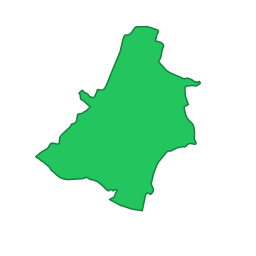 outline of Mambéré-Kadéï, rotated 318°
{"feature_id": "CAF-801", "entity_name": "Mambéré-Kadéï", "entity_type": "Prefecture", "adm_level": 1, "iso_a3": "CAF", "parent_name": "Central African Republic", "parent_adm1": "", "projection": "natural_earth1", "projection_center": [15.964, 4.523], "detail": "fine", "context": "isolated", "style": "filled", "palette": "green", "viewbox_px": 256, "rotation_deg": 318, "n_neighbors": 0, "source": "natural_earth", "source_scale": "10m", "svg_char_len": 3337}
<svg xmlns="http://www.w3.org/2000/svg" viewBox="0 0 256 256"><g transform="rotate(318 128 128)"><path d="M71.9,161.9L71.1,161.1L70.7,158.9L70.5,154.2L69.8,149.2L69.2,147.0L68.1,144.6L65.6,141.1L65.2,140.0L64.7,137.9L64.2,137.1L63.4,136.5L60.2,135.2L48.9,126.2L46.4,123.3L44.5,119.8L43.6,115.9L43.1,109.7L42.6,108.3L42.7,107.7L43.0,106.8L43.3,104.8L43.4,104.0L42.3,96.2L42.0,95.2L41.6,94.4L41.3,93.5L41.5,91.3L41.1,90.5L40.7,89.8L40.4,88.9L40.4,87.7L41.4,87.6L47.2,87.9L53.5,89.2L55.1,89.2L56.5,88.9L59.0,88.1L59.8,87.9L60.7,88.1L61.6,88.5L64.3,92.1L65.1,93.0L65.5,93.3L66.0,93.4L66.6,93.2L67.8,92.3L70.8,89.4L72.8,88.9L74.5,88.6L86.2,88.4L87.3,88.0L87.7,87.6L88.2,87.5L89.0,87.5L90.7,88.5L91.0,88.7L91.5,88.8L93.6,88.6L94.0,88.5L94.6,88.2L99.0,84.7L99.8,84.4L100.2,84.3L100.6,84.5L101.5,85.1L104.3,86.7L105.9,86.6L106.4,86.7L106.8,86.8L107.5,87.1L108.1,87.2L113.5,87.1L114.0,87.0L113.1,77.8L112.9,76.9L112.6,76.3L112.3,75.8L112.1,75.3L112.3,74.7L112.6,74.2L114.6,71.3L114.8,70.6L114.9,70.0L114.8,69.6L115.2,69.4L116.0,69.2L118.2,69.3L119.1,69.4L119.5,69.7L119.3,71.3L119.4,72.0L119.5,72.7L120.4,74.5L120.7,75.3L120.7,75.9L120.7,76.5L120.6,76.9L120.5,77.5L120.5,77.9L120.6,78.6L120.8,79.3L122.1,81.9L122.9,82.3L124.1,82.4L128.1,80.7L130.1,79.5L130.8,79.2L131.6,79.4L132.0,79.9L132.9,81.2L133.5,82.1L134.6,82.8L136.0,83.0L137.8,82.7L140.1,81.9L173.4,65.9L183.9,58.6L186.3,57.3L187.9,57.0L189.7,58.4L191.0,59.1L192.9,59.5L195.7,59.2L198.5,58.4L200.2,58.1L201.4,58.2L202.3,58.7L209.5,64.9L211.0,66.8L215.6,75.0L215.6,75.8L215.3,76.5L214.7,77.0L212.1,77.9L211.1,78.4L210.4,79.0L209.4,80.0L208.9,80.4L208.5,80.5L207.4,80.7L207.2,80.8L206.9,81.0L206.8,81.5L206.9,81.8L209.8,86.6L210.1,89.0L209.9,89.7L209.6,90.5L209.1,91.2L208.4,91.6L207.7,91.9L207.2,92.0L206.5,92.3L205.7,92.8L200.3,97.0L197.4,98.4L196.1,98.8L195.6,99.0L195.1,99.5L195.1,110.2L195.3,111.9L196.2,115.0L196.8,116.5L202.5,128.8L203.2,129.5L204.8,130.1L206.1,131.5L207.1,133.4L207.8,135.1L208.4,137.7L208.8,138.5L210.0,140.1L210.2,140.5L210.6,140.6L212.2,141.2L212.0,142.7L211.5,143.0L210.7,143.2L207.3,142.7L207.0,142.5L206.5,142.1L205.4,140.9L204.9,140.1L204.4,139.5L200.1,136.4L199.3,136.1L198.5,135.9L197.8,135.9L197.2,136.2L196.4,137.1L194.6,139.5L193.7,140.4L191.7,143.2L188.5,151.0L187.9,150.7L185.8,150.3L184.3,149.8L183.7,150.2L182.8,151.2L180.0,156.3L179.2,158.2L178.8,159.5L178.6,160.7L178.4,163.3L178.7,166.8L178.6,167.8L178.4,168.9L178.2,169.9L177.6,171.2L174.9,175.3L172.1,178.4L170.5,179.8L170.1,180.2L169.8,180.7L169.1,183.5L168.8,184.2L168.4,184.8L167.9,185.1L167.4,185.2L166.7,184.7L164.2,181.5L163.4,180.8L162.5,180.3L161.6,180.2L158.9,180.3L158.0,180.2L157.3,179.8L156.8,179.3L156.3,178.7L155.6,178.1L152.5,176.3L150.9,175.6L144.8,173.8L144.2,173.5L143.6,173.1L143.1,172.6L142.6,172.2L142.0,171.9L141.0,171.9L139.5,171.9L127.9,173.7L125.0,174.7L116.8,178.8L108.7,184.4L107.6,185.6L105.9,190.4L105.5,191.0L104.7,191.6L103.7,192.1L101.7,192.5L100.7,192.5L100.1,192.2L99.7,190.2L99.4,189.9L99.1,189.6L98.6,189.3L98.0,189.2L97.3,189.1L96.3,189.5L94.9,190.4L83.7,198.7L83.3,199.0L82.6,198.2L76.8,191.1L70.7,180.6L66.5,169.0L67.7,169.0L70.0,169.7L71.2,169.9L72.6,169.5L75.4,168.0L76.9,167.6L78.3,166.9L78.2,166.0L77.3,165.3L76.2,165.1L75.2,165.1L74.8,164.5L74.6,163.4L74.1,162.2L73.0,161.8L71.9,161.9Z" fill="#22c55e" stroke="#15803d" stroke-width="1.5"/></g></svg>